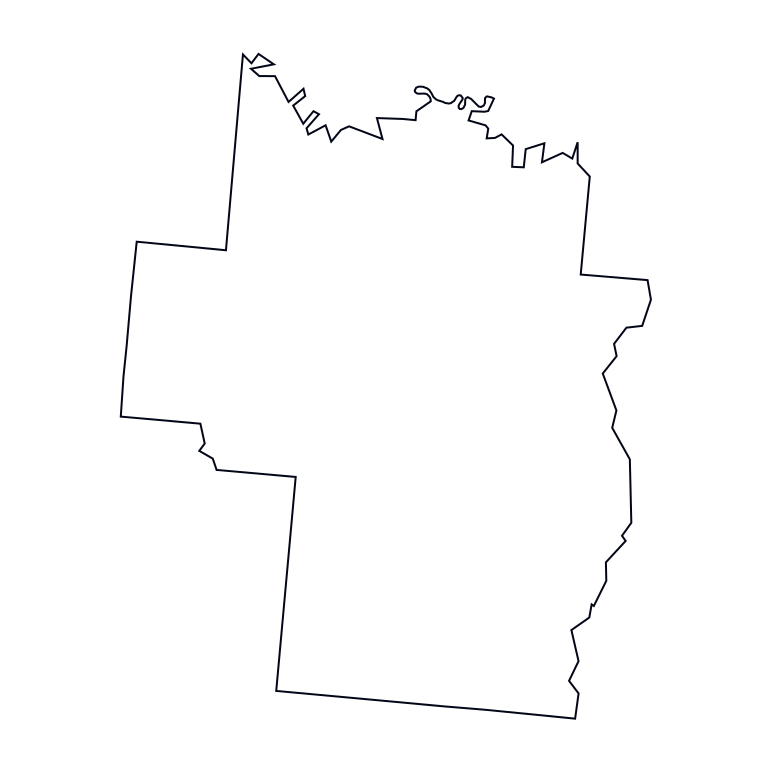 the district of White, Arkansas, United States of America, rotated 274°
{"feature_id": "52423323B98282084999585", "entity_name": "White", "entity_type": "district", "adm_level": 2, "iso_a3": "USA", "parent_name": "United States of America", "parent_adm1": "Arkansas", "projection": "mercator", "projection_center": [-91.529, 35.277], "detail": "fine", "context": "isolated", "style": "outline", "palette": "ink", "viewbox_px": 768, "rotation_deg": 274, "n_neighbors": 0, "source": "geoboundaries", "source_scale": "gbopen_adm2", "svg_char_len": 1792}
<svg xmlns="http://www.w3.org/2000/svg" viewBox="0 0 768 768"><g transform="rotate(274 384 384)"><path d="M63.5,598.0L88.9,599.7L100.8,589.3L121.1,597.4L151.6,588.1L165.4,605.1L178.6,606.5L177.2,608.8L203.2,619.5L221.6,617.8L244.3,636.0L249.2,632.0L262.8,640.4L326.0,634.5L356.2,614.7L373.8,617.7L409.7,601.5L428.0,614.1L440.1,610.7L457.1,621.9L460.0,637.5L486.7,644.4L506.0,639.7L506.9,572.6L605.3,574.8L617.5,561.8L638.7,560.3L622.0,556.1L627.0,546.1L616.2,526.1L635.3,527.2L628.2,509.0L609.9,508.3L609.6,496.7L630.9,496.1L641.2,483.9L637.2,477.5L636.2,469.3L646.0,470.2L649.1,467.3L652.8,450.0L662.3,452.5L662.6,465.2L663.6,468.9L676.4,473.8L677.4,471.4L678.1,466.8L677.8,466.1L676.1,464.8L671.3,465.1L668.8,464.1L667.1,461.5L667.4,459.1L674.4,451.1L676.0,447.5L674.6,445.6L673.3,445.2L668.3,445.4L664.8,443.9L663.6,441.8L663.7,440.3L664.7,439.3L666.8,439.0L668.9,439.9L673.7,442.6L674.9,442.5L677.2,440.4L677.3,438.7L676.5,437.1L675.0,436.1L671.5,434.4L668.8,431.0L668.3,429.0L668.6,425.4L669.5,423.4L670.8,417.9L671.6,416.0L673.7,413.3L677.2,411.2L680.4,408.7L681.9,406.5L683.2,402.2L683.2,399.0L682.8,397.2L681.8,395.4L679.0,394.2L677.5,394.6L676.1,396.7L676.0,398.7L676.4,402.3L676.5,404.9L676.0,406.9L673.5,409.6L671.4,410.6L669.2,410.9L658.3,397.3L649.4,397.1L649.7,384.3L648.8,358.4L628.3,365.4L638.6,331.2L634.4,323.3L622.1,314.5L638.0,307.7L627.6,291.1L633.7,288.9L648.6,300.3L651.2,294.6L638.0,285.3L655.4,274.0L665.7,285.3L672.9,283.1L658.7,269.1L683.5,253.8L682.5,238.1L689.2,229.3L695.2,251.8L704.5,235.8L694.7,229.4L702.9,220.3L506.4,217.0L508.7,127.4L454.0,125.5L403.7,124.6L373.6,123.6L333.1,123.7L331.6,203.6L312.1,209.3L304.4,204.4L297.6,218.4L286.6,223.0L285.1,302.4L70.3,297.9L66.6,465.8L66.1,506.8L63.5,598.0Z" fill="none" stroke="#020617" stroke-width="2"/></g></svg>